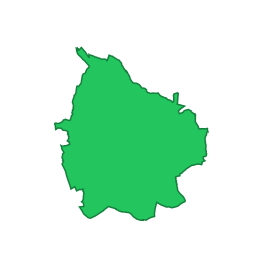 outline of Cergau, Alba, Romania, rotated 250°
{"feature_id": "2599482B88582308663497", "entity_name": "Cergau", "entity_type": "district", "adm_level": 2, "iso_a3": "ROU", "parent_name": "Romania", "parent_adm1": "Alba", "projection": "equal_earth", "projection_center": [23.934, 46.087], "detail": "fine", "context": "isolated", "style": "filled", "palette": "green", "viewbox_px": 256, "rotation_deg": 250, "n_neighbors": 0, "source": "geoboundaries", "source_scale": "gbopen_adm2", "svg_char_len": 5675}
<svg xmlns="http://www.w3.org/2000/svg" viewBox="0 0 256 256"><g transform="rotate(250 128 128)"><path d="M97.0,201.9L98.1,201.9L99.2,202.0L99.7,202.2L100.2,202.4L100.4,202.5L100.5,202.4L100.6,200.9L102.2,196.9L102.3,196.4L102.3,196.2L102.5,195.8L102.5,195.5L102.9,194.3L105.4,194.5L110.9,193.4L117.1,195.8L117.2,195.1L118.5,195.7L118.6,194.9L121.5,193.1L122.1,192.9L122.6,193.1L123.1,192.5L124.6,191.2L124.8,190.6L125.0,188.0L125.0,186.8L124.5,185.8L123.8,185.0L123.9,181.2L125.5,181.1L126.8,181.2L128.2,184.7L129.2,188.6L133.5,182.5L143.3,187.0L143.4,186.5L144.2,186.3L144.2,182.9L143.2,181.9L139.3,180.9L138.8,180.4L137.2,179.8L137.0,178.8L138.3,178.0L138.9,177.7L140.0,176.7L141.1,175.0L141.4,174.8L143.2,174.1L144.3,172.4L145.4,171.3L145.6,170.7L147.8,169.2L150.7,168.2L150.8,166.6L151.3,165.4L151.8,164.5L151.9,164.1L152.3,163.6L152.4,162.8L152.6,161.4L154.9,158.4L156.3,158.0L157.4,158.4L158.6,157.9L159.8,156.9L160.4,155.6L160.6,154.9L161.5,154.5L164.5,153.6L166.3,152.2L166.9,151.6L168.4,148.4L170.3,147.5L173.6,146.8L175.6,147.1L181.9,146.1L181.7,145.8L181.3,145.5L182.3,145.1L183.4,145.2L184.3,144.7L185.5,144.5L186.0,144.3L187.8,144.2L188.7,143.8L188.8,143.6L189.1,143.6L190.5,144.0L192.0,143.8L194.3,142.9L194.8,142.8L195.8,141.5L200.9,137.7L201.3,136.8L202.9,135.2L201.8,134.2L201.2,133.8L198.8,131.8L198.5,131.2L200.0,130.7L201.0,129.1L201.6,126.7L202.3,126.1L203.1,125.3L204.2,123.6L205.2,122.7L205.4,122.3L205.4,122.0L207.3,120.2L209.0,118.2L209.5,117.1L210.4,116.5L209.4,116.2L208.8,115.8L207.1,115.6L209.3,114.9L213.8,113.9L219.6,111.7L217.9,108.3L218.3,108.0L218.4,107.6L218.5,107.3L218.7,107.2L218.9,107.4L219.2,107.8L219.3,108.2L219.5,108.3L219.9,107.8L220.1,107.7L220.6,107.7L220.5,107.1L220.7,106.9L220.8,106.7L219.5,106.6L218.7,106.3L217.8,106.2L215.8,106.0L214.9,106.1L214.7,106.2L213.7,106.5L211.2,107.7L210.4,108.2L208.9,108.7L207.8,109.0L206.4,110.1L201.6,111.9L199.6,112.8L198.4,111.9L197.4,109.7L196.0,108.1L194.3,107.0L194.1,104.8L193.3,103.3L190.9,102.0L189.1,100.9L186.3,99.4L183.9,95.9L184.8,94.6L184.6,94.2L182.2,92.8L178.5,90.9L177.7,90.0L177.1,88.6L176.5,88.5L173.1,85.8L171.3,84.6L168.2,84.5L167.4,84.3L166.6,84.0L166.3,83.5L165.5,83.7L164.0,82.6L164.2,82.2L163.7,81.9L163.4,82.1L161.6,80.6L160.9,80.5L160.3,81.1L159.4,80.3L159.1,79.3L155.8,77.0L155.0,76.3L155.0,75.9L155.4,75.5L155.6,74.6L156.3,73.6L157.6,72.2L157.4,70.7L157.6,70.4L157.6,70.0L156.9,69.4L156.7,68.9L156.0,66.9L156.0,65.0L156.1,63.5L157.3,62.1L157.4,61.1L157.3,60.8L156.5,60.4L155.3,60.6L151.3,59.5L151.3,60.0L152.1,61.8L150.6,65.1L148.1,66.2L147.3,68.0L146.0,69.7L145.3,70.2L144.5,70.3L144.1,70.1L144.1,69.7L142.9,69.2L142.7,69.6L142.4,69.7L141.9,69.4L141.7,69.6L140.4,69.2L139.7,69.6L137.5,67.8L136.6,66.5L135.4,67.4L135.4,67.7L135.1,68.0L134.4,68.0L134.0,67.7L132.6,67.6L132.5,67.0L132.6,65.6L132.5,64.2L132.6,63.6L133.0,62.3L133.0,61.3L133.5,59.9L134.4,59.1L130.6,58.9L130.6,58.7L129.4,58.9L127.2,59.4L126.9,59.4L125.9,57.6L125.6,57.6L122.5,55.8L120.6,56.2L119.7,55.4L118.8,56.1L116.6,53.7L109.1,54.5L102.2,53.9L93.3,53.8L90.2,53.5L91.0,57.9L86.5,58.2L86.8,61.6L86.4,62.0L86.1,62.9L86.1,63.8L85.8,65.0L85.6,64.8L85.2,64.3L83.5,64.1L83.0,64.6L81.2,63.9L80.1,63.3L79.1,62.8L78.3,62.3L77.6,62.2L76.3,61.7L75.5,60.6L75.0,60.4L74.7,59.9L74.6,59.2L74.3,59.3L73.9,59.5L72.8,60.5L69.4,59.6L70.4,55.4L66.7,56.3L61.8,57.2L61.1,57.8L57.4,59.9L56.1,61.8L56.5,66.8L57.6,71.6L58.0,73.3L58.8,76.9L59.3,77.4L60.5,81.7L61.0,82.6L58.6,85.9L56.1,89.2L55.6,88.9L54.1,90.5L53.2,91.1L52.0,92.6L51.1,93.8L50.9,94.6L50.6,95.4L49.5,97.3L48.4,99.5L47.9,100.2L45.6,101.8L44.3,102.1L42.9,102.7L41.6,103.5L41.1,104.1L39.6,104.9L37.3,107.9L36.1,110.6L36.7,110.6L36.0,112.3L35.2,113.4L35.3,113.5L35.4,114.3L35.6,115.2L35.8,116.1L35.9,116.8L36.0,117.1L36.0,117.8L36.1,118.2L36.1,119.0L36.1,119.3L35.9,121.6L35.7,122.6L36.1,122.9L37.6,123.2L38.2,123.4L38.7,123.6L39.5,124.1L39.9,124.3L40.7,124.7L41.8,125.3L42.7,125.7L43.2,125.9L43.3,126.1L46.7,128.4L47.6,129.1L48.0,129.5L47.9,129.5L47.1,130.5L46.9,130.8L45.9,131.6L44.9,132.3L44.2,133.1L43.3,134.1L42.8,134.7L41.4,136.2L41.0,136.7L40.7,136.9L40.5,137.5L40.3,138.2L40.1,138.9L40.0,139.5L39.1,140.5L38.3,141.6L38.0,142.2L37.9,143.2L37.8,144.0L37.6,145.8L37.6,146.7L37.6,147.6L37.6,148.0L37.8,149.2L38.5,150.8L38.7,151.3L39.1,153.6L39.4,156.4L39.5,156.5L39.9,156.7L40.4,156.9L41.0,156.9L43.6,156.6L44.4,156.4L45.3,156.1L46.5,155.4L47.4,155.0L48.2,154.6L48.6,154.4L51.5,153.5L52.2,153.4L52.9,153.5L53.8,153.6L54.4,153.8L55.4,154.0L56.1,154.0L57.3,154.2L57.9,154.3L58.2,154.8L59.3,154.8L60.4,154.8L60.8,154.5L61.3,155.3L61.6,155.4L62.4,155.3L63.2,155.2L64.2,155.6L64.4,155.9L64.6,155.9L65.1,155.8L65.5,155.7L65.8,155.9L65.8,156.1L65.8,157.4L65.7,158.3L65.5,159.5L65.3,160.4L65.5,160.5L67.0,161.0L67.2,161.5L67.2,163.2L67.8,164.1L68.1,164.8L68.4,165.6L68.5,166.1L68.8,166.9L69.0,167.5L69.7,168.9L69.9,170.0L70.2,171.0L70.4,171.9L70.7,173.5L71.2,175.2L71.1,175.6L70.6,176.5L70.6,177.1L70.6,178.5L70.5,179.8L70.3,181.0L69.7,182.6L68.4,184.6L68.5,184.9L69.2,185.2L69.9,185.7L70.1,185.9L70.4,186.0L70.6,186.3L70.9,187.2L70.8,188.0L70.9,189.1L71.7,188.7L72.5,188.3L72.9,188.2L73.7,188.2L74.6,188.7L75.2,188.9L75.3,189.2L74.9,190.2L74.9,190.8L74.9,191.4L75.1,191.9L75.4,192.2L76.7,192.9L77.0,193.1L77.4,192.9L77.9,192.9L78.6,193.2L79.0,193.4L80.0,193.7L80.3,193.7L81.2,193.6L81.6,193.6L82.2,194.2L82.7,194.3L83.4,194.7L84.6,195.1L85.2,195.4L86.3,195.6L88.0,195.6L88.4,195.8L88.7,196.1L89.1,196.2L89.8,196.1L90.4,196.3L91.1,196.6L91.6,196.8L92.4,197.1L93.3,197.9L93.6,197.9L93.9,198.1L94.2,198.7L94.6,199.3L95.0,199.5L95.6,200.0L96.0,200.0L96.6,200.2L97.2,200.6L97.3,201.3L97.1,201.6L97.0,201.9Z" fill="#22c55e" stroke="#15803d" stroke-width="1.5"/></g></svg>